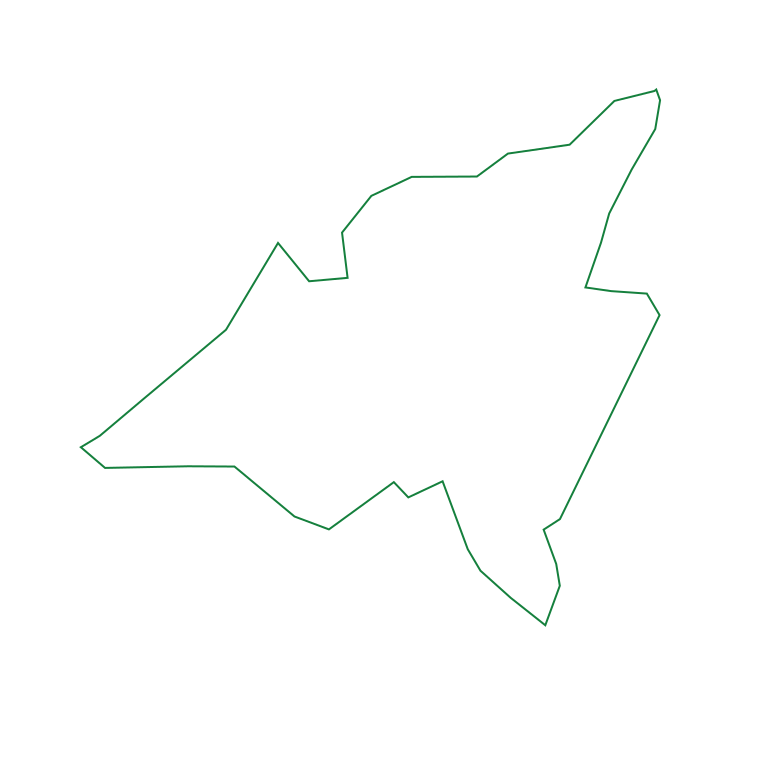 the district of Chrysochou, Paphos, Cyprus, rotated 353°
{"feature_id": "46923920B43074959390545", "entity_name": "Chrysochou", "entity_type": "district", "adm_level": 2, "iso_a3": "CYP", "parent_name": "Cyprus", "parent_adm1": "Paphos", "projection": "natural_earth1", "projection_center": [32.444, 35.0], "detail": "fine", "context": "isolated", "style": "outline", "palette": "green", "viewbox_px": 768, "rotation_deg": 353, "n_neighbors": 0, "source": "geoboundaries", "source_scale": "gbopen_adm2", "svg_char_len": 666}
<svg xmlns="http://www.w3.org/2000/svg" viewBox="0 0 768 768"><g transform="rotate(353 384 384)"><path d="M75.4,409.8L96.9,433.3L179.6,441.8L225.5,447.7L279.0,504.6L311.6,521.6L381.8,482.6L394.3,499.5L430.3,487.7L447.0,558.2L457.0,581.1L483.7,611.7L514.7,643.1L533.9,605.7L533.0,583.6L524.7,548.0L542.2,539.5L665.9,349.2L655.9,326.3L620.8,319.5L595.7,312.7L616.6,270.2L628.3,242.2L655.9,201.4L684.3,164.0L692.6,136.0L690.1,124.9L688.2,126.1L647.2,131.1L597.4,169.1L535.1,170.4L501.5,189.4L436.7,181.8L394.4,195.7L360.8,228.6L360.8,274.2L322.2,272.9L296.0,231.1L233.8,310.9L144.1,369.1L95.6,400.8L75.4,409.8Z" fill="none" stroke="#15803d" stroke-width="2"/></g></svg>